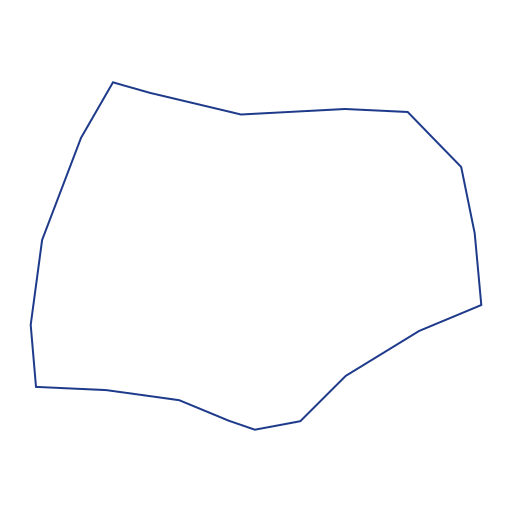 Mwene-Ditu, Kasaï-Oriental, Democratic Republic of the Congo (orthographic projection)
{"feature_id": "63176286B28359889537852", "entity_name": "Mwene-Ditu", "entity_type": "district", "adm_level": 2, "iso_a3": "COD", "parent_name": "Democratic Republic of the Congo", "parent_adm1": "Kasaï-Oriental", "projection": "orthographic", "projection_center": [23.475, -6.987], "detail": "fine", "context": "isolated", "style": "outline", "palette": "blue", "viewbox_px": 512, "rotation_deg": 0, "n_neighbors": 0, "source": "geoboundaries", "source_scale": "gbopen_adm2", "svg_char_len": 406}
<svg xmlns="http://www.w3.org/2000/svg" viewBox="0 0 512 512"><path d="M113.0,82.3L81.0,137.9L70.5,165.5L42.1,240.0L30.7,324.9L36.0,386.9L106.2,390.1L179.2,400.2L228.7,420.7L254.8,429.7L300.3,421.2L344.7,376.9L346.0,375.7L419.2,330.9L481.3,305.0L474.7,233.3L461.2,167.0L430.8,135.8L407.7,112.0L344.3,109.0L241.0,114.5L150.1,92.9L124.3,85.6L113.0,82.3Z" fill="none" stroke="#1e3a8a" stroke-width="2"/></svg>